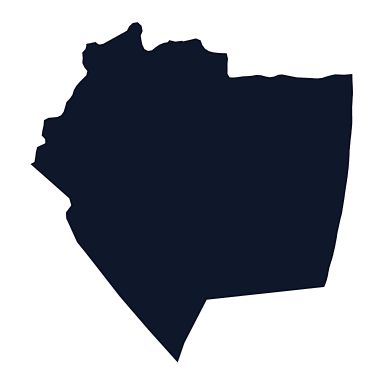 Tur Al Bahah, Lahij, Yemen
{"feature_id": "15242507B87552266659548", "entity_name": "Tur Al Bahah", "entity_type": "district", "adm_level": 2, "iso_a3": "YEM", "parent_name": "Yemen", "parent_adm1": "Lahij", "projection": "robinson", "projection_center": [44.539, 13.001], "detail": "fine", "context": "isolated", "style": "filled", "palette": "ink", "viewbox_px": 384, "rotation_deg": 0, "n_neighbors": 0, "source": "geoboundaries", "source_scale": "gbopen_adm2", "svg_char_len": 3046}
<svg xmlns="http://www.w3.org/2000/svg" viewBox="0 0 384 384"><path d="M86.9,44.7L87.1,45.8L86.9,46.8L86.1,49.5L83.0,52.9L83.5,57.8L83.3,60.7L83.2,61.3L83.1,62.9L85.2,67.2L88.2,70.8L87.1,75.6L83.4,79.3L80.1,82.6L77.0,86.2L75.3,89.1L74.5,90.4L73.1,95.2L70.4,99.1L67.1,102.5L65.8,107.3L64.3,112.2L61.5,116.0L57.4,117.8L53.0,118.2L48.6,118.6L44.7,120.7L44.3,125.6L43.2,130.4L42.5,135.3L45.9,138.7L46.1,143.7L41.9,145.7L37.8,147.6L36.6,152.6L36.0,157.5L35.1,162.5L31.8,164.2L40.2,171.6L70.0,198.0L72.1,205.5L66.7,212.7L66.8,213.6L67.0,218.4L69.2,223.0L77.7,241.8L85.0,250.8L89.4,256.4L95.7,264.4L100.3,270.3L104.8,276.1L119.5,295.0L123.6,299.8L128.6,305.7L149.3,329.7L177.4,361.0L183.7,342.6L206.2,299.0L323.7,286.2L323.8,286.0L324.4,284.4L325.0,283.0L325.5,281.4L326.1,279.8L326.4,278.3L326.9,276.5L327.3,274.9L327.5,273.1L327.9,271.3L328.3,269.6L328.6,267.6L329.1,266.1L329.6,264.3L330.1,262.8L330.6,261.1L331.2,259.3L331.7,257.7L332.1,256.0L332.6,254.5L332.8,252.8L333.3,251.1L333.7,249.3L334.1,247.7L334.4,246.1L334.8,244.2L334.8,243.9L335.1,242.4L335.5,240.4L335.8,238.8L336.1,237.1L336.3,235.3L336.6,233.5L336.9,231.7L337.3,230.0L337.7,228.3L338.1,226.5L338.4,224.9L338.8,223.2L339.2,221.4L339.6,219.5L340.0,217.8L340.5,216.1L340.9,214.5L341.3,212.7L341.6,211.1L341.8,209.4L342.1,207.6L342.4,205.9L342.7,204.1L343.0,202.3L343.3,200.3L343.6,198.7L343.8,197.0L344.0,195.4L344.3,193.2L344.6,191.3L344.9,189.3L345.1,187.6L345.4,185.8L345.7,183.8L346.0,182.2L346.3,180.4L346.5,178.5L346.8,176.9L347.0,174.8L347.2,173.0L347.4,171.4L347.6,169.7L347.9,167.9L348.0,166.2L348.1,164.6L348.2,162.7L348.4,160.8L348.5,158.9L348.6,157.2L348.7,155.4L348.8,153.7L348.8,151.8L348.9,150.0L349.1,148.3L349.2,146.4L349.4,144.8L349.6,143.2L349.7,140.9L349.9,139.3L350.2,137.2L350.4,135.3L350.6,133.7L350.7,132.0L350.9,130.2L351.1,128.4L351.2,126.8L351.4,124.7L351.5,122.7L351.5,120.6L351.5,118.7L351.5,116.6L351.4,114.9L351.4,112.9L351.4,111.1L351.4,109.7L351.4,109.2L351.4,107.1L351.5,105.5L351.6,103.8L351.7,102.1L351.8,100.0L351.9,98.3L352.0,96.3L352.2,94.6L352.2,92.9L352.2,91.0L352.1,89.4L352.1,87.8L352.0,85.8L351.9,84.1L351.8,82.4L351.7,80.4L351.7,78.8L351.6,77.1L351.6,75.5L351.6,74.8L351.4,74.8L348.9,75.1L344.2,75.5L339.8,75.3L335.2,75.1L330.8,76.1L326.4,77.3L322.2,78.7L319.2,79.0L317.8,79.2L296.6,78.1L281.9,75.2L278.2,75.6L274.1,77.4L269.6,78.0L265.3,77.2L261.0,76.0L256.6,75.7L252.1,76.5L247.5,76.9L243.0,77.1L238.3,77.8L233.7,78.3L229.2,78.1L226.7,74.0L226.8,69.0L226.7,63.9L227.2,58.9L226.1,54.0L221.8,53.9L217.1,53.6L212.7,53.0L208.4,51.8L204.5,49.3L201.7,45.5L200.0,40.9L199.4,40.7L199.2,40.6L195.8,39.2L191.5,40.3L187.1,41.3L182.8,42.3L182.0,41.6L175.2,42.4L169.6,41.0L168.2,42.9L163.9,43.7L159.7,45.4L155.9,48.0L152.3,51.0L147.9,51.8L143.9,49.7L141.7,45.2L140.7,40.5L139.9,35.5L141.8,31.1L140.9,26.2L139.2,24.7L137.5,23.0L133.2,23.7L129.7,26.9L127.6,31.2L103.4,44.6L99.0,45.4L96.3,43.8L95.4,42.8L93.7,43.3L93.3,43.2L92.8,43.2L91.5,43.8L90.4,43.9L88.9,44.2L88.2,44.2L87.4,44.4L86.9,44.7Z" fill="#0f172a" stroke="#020617" stroke-width="1.5"/></svg>